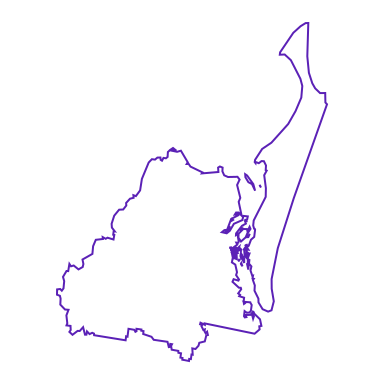 the district of Fraser Coast, Queensland, Australia
{"feature_id": "25037944B97488266373518", "entity_name": "Fraser Coast", "entity_type": "district", "adm_level": 2, "iso_a3": "AUS", "parent_name": "Australia", "parent_adm1": "Queensland", "projection": "equal_earth", "projection_center": [152.962, -25.342], "detail": "fine", "context": "isolated", "style": "outline", "palette": "violet", "viewbox_px": 384, "rotation_deg": 0, "n_neighbors": 0, "source": "geoboundaries", "source_scale": "gbopen_adm2", "svg_char_len": 6097}
<svg xmlns="http://www.w3.org/2000/svg" viewBox="0 0 384 384"><path d="M114.2,215.7L111.6,223.8L111.9,227.6L114.7,231.3L113.7,231.1L113.2,234.7L114.3,234.9L113.5,239.5L107.5,237.7L105.7,238.8L102.7,237.1L102.9,239.0L95.8,239.8L93.1,246.2L92.4,253.9L82.5,259.5L83.4,264.0L82.7,267.0L78.5,269.4L73.7,265.5L71.0,266.3L69.4,263.9L68.2,271.1L66.5,271.0L63.0,276.9L64.2,281.1L63.5,288.4L61.8,290.7L60.2,289.0L57.1,289.4L57.0,294.7L59.9,295.8L60.6,298.6L60.3,304.6L65.0,309.5L68.5,309.8L66.4,315.4L67.3,323.3L66.5,325.4L70.5,325.9L70.7,330.0L69.4,331.9L72.5,334.8L77.6,330.9L79.7,331.0L83.1,327.2L85.0,334.7L86.4,334.7L87.0,331.4L89.6,334.1L92.2,332.8L94.0,333.6L94.1,335.2L125.6,340.3L126.1,336.3L127.5,336.7L128.5,328.8L134.3,329.8L135.4,331.8L136.5,331.2L136.5,328.8L141.4,329.5L141.3,330.7L143.5,331.1L143.2,334.0L151.5,336.8L153.7,339.8L167.5,341.8L168.8,347.1L170.0,346.9L170.3,343.9L172.0,344.2L171.1,345.9L171.7,349.7L178.3,350.9L178.4,352.8L181.0,353.3L180.4,357.6L182.5,358.0L182.3,359.7L189.0,361.0L189.2,358.9L190.9,359.1L191.5,354.5L192.7,354.7L192.3,348.4L195.5,349.0L198.5,345.7L199.3,342.8L204.8,341.4L206.3,335.4L207.9,335.0L207.1,331.7L205.6,333.2L204.5,331.3L204.8,329.4L203.3,329.9L201.4,326.0L202.6,324.5L200.1,324.2L200.5,322.7L204.8,324.8L204.7,323.4L254.6,333.7L259.6,329.4L259.3,326.3L261.4,325.9L260.0,319.3L253.8,313.2L254.1,314.4L252.8,314.9L253.9,316.3L253.1,318.7L252.1,314.8L245.5,315.0L246.4,317.1L244.8,317.4L244.0,316.2L244.6,311.1L246.7,312.7L249.5,312.5L250.9,310.7L251.7,305.0L250.3,302.6L251.1,302.4L243.9,301.8L245.0,303.2L244.0,303.9L243.6,301.8L244.1,297.7L239.2,296.2L240.1,294.9L238.2,293.4L241.2,289.2L240.8,287.8L238.9,287.7L232.5,281.8L233.6,279.2L238.4,280.6L239.0,279.5L236.1,275.1L237.0,272.2L235.3,264.6L231.9,262.4L232.8,257.6L231.6,251.9L231.7,251.4L232.3,250.5L232.5,249.8L231.0,249.9L230.9,248.0L229.3,247.7L231.1,247.3L232.0,248.5L237.3,244.6L236.3,242.6L238.3,242.7L238.7,241.5L237.4,234.0L236.0,235.0L236.1,233.4L242.0,225.8L245.9,223.6L245.0,221.1L246.3,221.1L245.6,219.8L247.1,219.6L247.8,216.4L243.5,215.9L242.3,220.1L233.9,223.8L229.8,230.8L226.7,233.3L221.9,232.2L224.4,230.1L227.1,229.8L231.2,218.9L238.4,215.2L238.2,214.2L234.8,214.6L236.1,212.5L238.6,212.5L241.6,215.6L238.7,201.8L240.3,197.9L237.1,185.0L239.6,179.6L237.5,176.8L228.0,177.0L224.2,175.3L222.4,171.3L222.6,167.6L219.9,166.5L218.1,167.6L218.4,172.0L202.0,173.4L202.7,172.5L190.5,166.6L188.0,163.0L187.3,164.0L186.7,164.0L187.7,162.2L180.9,150.7L177.1,151.8L169.8,150.3L167.9,152.0L167.6,156.9L165.9,158.3L163.5,157.9L162.0,160.7L160.7,159.9L160.4,157.5L157.4,157.6L155.0,159.6L151.9,159.2L148.7,162.5L141.9,178.9L140.1,190.4L135.9,196.1L133.4,195.2L133.6,197.8L130.0,198.7L126.1,203.0L126.3,205.5L123.2,209.5L119.1,209.7L114.2,215.7ZM265.9,188.2L265.7,196.9L253.7,220.5L253.2,225.5L254.1,228.7L254.7,228.8L255.1,229.7L254.2,236.9L251.0,239.7L248.7,245.8L246.8,247.3L248.4,249.7L246.6,249.8L246.6,253.5L246.9,253.2L246.8,252.5L247.0,252.2L248.3,253.0L247.2,253.7L247.0,252.4L247.0,253.1L246.2,255.0L245.1,256.2L247.1,258.5L247.1,255.9L247.8,257.1L248.3,254.3L248.4,254.5L249.0,253.9L249.4,253.8L247.6,258.8L249.4,259.9L249.0,263.6L251.4,266.4L250.5,270.5L252.4,276.2L252.5,275.9L253.0,275.7L252.5,278.4L253.8,278.8L252.9,280.0L254.8,285.4L254.5,290.7L258.4,298.6L258.5,302.4L262.6,309.2L268.1,311.6L271.5,310.3L273.8,301.3L271.7,288.8L271.6,279.1L277.8,248.2L293.8,198.1L327.0,104.3L325.4,102.5L325.2,93.0L320.1,93.1L315.2,88.4L312.3,83.3L308.9,72.8L307.3,56.3L308.3,23.0L305.6,23.1L300.6,26.2L293.3,32.8L280.1,52.3L279.8,54.7L284.7,54.5L290.9,60.2L300.4,78.8L302.3,86.0L301.3,97.6L295.5,111.2L288.2,124.0L271.4,142.7L262.2,148.9L255.1,159.8L254.7,162.1L255.5,163.1L255.6,162.0L258.8,163.2L261.5,161.1L263.9,161.2L266.0,165.5L265.7,170.1L266.7,170.6L264.2,175.2L265.9,188.2ZM238.4,237.6L241.0,241.5L245.6,237.4L247.7,232.5L247.0,229.1L243.3,229.0L238.6,233.7L238.4,237.6ZM253.3,184.1L247.1,175.5L245.2,174.2L245.4,177.2L248.4,182.2L252.0,184.1L255.1,190.7L253.3,184.1ZM245.8,255.1L246.5,253.4L246.3,248.6L245.8,249.6L244.2,250.2L244.6,254.9L245.3,255.4L245.3,254.2L245.7,253.9L245.8,255.1ZM234.5,255.2L235.1,258.5L236.8,259.2L236.6,254.3L234.5,255.2ZM247.1,264.2L248.3,269.6L248.8,264.2L247.1,264.2ZM170.9,149.4L174.5,150.8L175.5,150.0L173.0,148.0L170.9,149.4ZM248.8,231.5L250.5,228.9L249.6,226.8L248.3,229.5L248.8,231.5ZM244.2,262.9L244.2,258.4L242.8,256.4L242.5,259.7L244.2,262.9ZM234.7,251.9L235.1,253.1L237.5,252.5L236.5,249.5L234.7,251.9ZM241.5,259.4L242.2,255.2L240.9,253.2L240.4,256.0L241.5,259.4ZM247.8,259.6L247.8,263.4L249.1,261.0L247.8,259.6ZM233.7,250.0L231.7,252.1L233.6,253.5L233.7,250.0ZM239.2,246.8L237.2,248.6L238.1,250.4L239.2,246.8ZM236.4,246.9L234.1,249.2L235.7,248.9L236.4,246.9ZM249.8,233.9L247.1,237.2L248.3,237.1L249.8,233.9ZM242.5,266.3L241.3,263.0L240.9,263.7L241.1,264.4L242.5,266.3ZM246.5,246.4L244.9,248.7L244.6,249.7L245.8,249.5L246.5,246.4ZM232.1,218.9L231.4,220.9L233.1,219.9L232.1,218.9ZM228.3,230.4L229.4,228.5L229.6,226.0L228.6,227.7L228.3,230.4ZM240.9,251.1L241.0,249.3L240.4,248.7L239.7,250.2L240.9,251.1ZM253.0,311.6L251.8,313.2L253.9,312.7L253.6,312.0L253.0,311.6ZM224.5,230.4L226.0,231.3L226.5,230.5L224.5,230.4ZM234.2,249.7L234.4,251.4L235.5,249.5L234.2,249.7ZM226.4,231.5L227.9,230.7L228.2,229.2L226.7,230.6L226.4,231.5ZM247.7,244.5L245.6,245.2L245.0,246.0L247.7,244.5ZM231.8,249.0L232.7,249.5L233.3,248.4L231.8,249.0ZM240.1,230.8L241.2,230.0L241.6,229.0L241.0,229.4L240.1,230.8ZM239.1,259.6L239.4,260.7L239.5,258.9L239.1,259.6ZM259.6,184.8L260.1,186.2L261.0,187.5L259.6,184.8ZM232.4,254.9L232.8,255.6L232.8,253.7L232.4,254.9ZM244.2,248.9L244.8,248.8L244.7,248.2L244.2,248.9ZM232.9,253.7L233.3,254.7L233.4,253.6L232.9,253.7ZM233.6,249.8L233.3,249.1L232.7,249.9L233.6,249.8ZM234.1,256.4L233.8,257.5L233.9,258.1L234.3,257.8L234.1,256.4ZM239.0,261.6L238.9,260.5L238.7,260.5L239.0,261.6ZM246.7,249.0L247.4,249.2L246.6,248.3L246.7,249.0ZM233.1,256.3L233.5,257.7L233.3,255.9L233.1,256.3ZM233.7,252.5L234.0,252.7L233.9,252.0L233.7,252.5ZM237.6,253.1L237.4,252.8L236.7,253.3L237.6,253.1Z" fill="none" stroke="#5b21b6" stroke-width="2"/></svg>